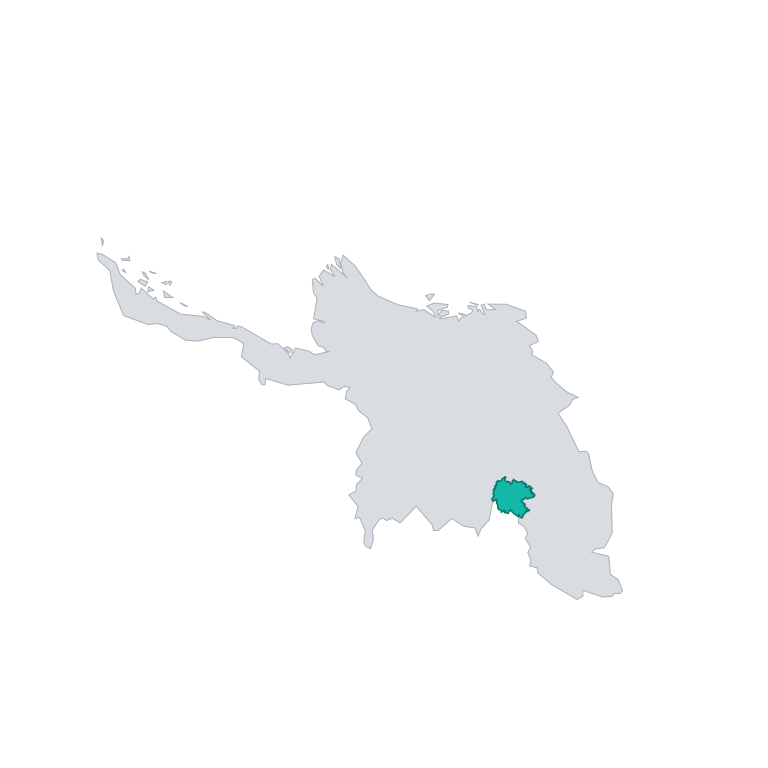 Bhamo, Kachin, Myanmar shown in context, rotated 126°
{"feature_id": "60261553B27046412343024", "entity_name": "Bhamo", "entity_type": "district", "adm_level": 2, "iso_a3": "MMR", "parent_name": "Myanmar", "parent_adm1": "Kachin", "projection": "orthographic", "projection_center": [97.111, 24.269], "detail": "fine", "context": "in_parent", "style": "filled", "palette": "teal", "viewbox_px": 768, "rotation_deg": 126, "n_neighbors": 0, "source": "geoboundaries", "source_scale": "gbopen_adm2", "svg_char_len": 9255}
<svg xmlns="http://www.w3.org/2000/svg" viewBox="0 0 768 768"><g transform="rotate(126 384 384)"><path d="M494.4,347.2L486.9,343.7L481.6,347.2L473.2,346.0L474.2,353.3L469.5,355.7L461.0,355.2L456.1,366.3L438.7,369.4L427.3,367.4L420.9,377.3L420.6,388.4L417.4,395.2L418.8,406.8L411.3,409.9L406.8,409.3L409.3,414.6L415.1,416.9L418.7,428.9L417.6,433.6L441.5,461.2L448.9,482.9L454.6,479.9L456.3,482.1L454.1,487.9L446.8,492.4L445.8,515.4L433.8,521.0L434.2,528.7L435.6,534.1L446.4,549.2L458.5,559.5L465.3,570.6L466.7,586.7L465.0,593.5L468.3,603.2L474.5,609.5L481.7,634.9L467.7,657.6L453.4,672.5L451.6,688.0L446.9,693.2L444.7,688.4L443.6,672.1L450.6,661.7L452.7,641.6L457.1,637.3L454.7,635.3L449.1,636.8L451.0,620.6L447.8,619.9L450.4,616.5L446.9,589.4L435.8,570.3L434.3,562.1L432.6,573.2L431.3,571.1L430.9,556.0L424.6,539.6L425.2,538.2L428.2,539.6L425.5,535.9L423.2,536.7L421.4,532.7L417.9,498.5L413.8,493.7L415.4,478.9L418.4,475.1L406.9,476.7L401.6,464.2L401.2,457.4L389.8,447.1L391.7,450.3L389.8,453.8L391.7,459.6L387.0,470.4L382.3,475.3L376.1,477.3L371.2,474.2L370.2,468.5L368.2,468.3L372.6,479.3L354.2,488.4L351.4,494.9L341.9,503.3L339.0,502.2L340.6,490.7L334.9,499.8L327.3,499.9L325.8,487.6L322.6,494.7L318.1,496.9L319.7,476.4L318.4,482.3L311.0,490.3L303.8,492.8L305.6,476.0L315.5,449.4L316.4,440.6L311.6,419.1L303.5,401.0L305.9,400.8L300.4,395.5L299.8,382.1L296.4,386.8L295.8,395.2L288.7,390.7L282.1,378.9L284.9,377.9L292.7,383.6L297.2,380.6L298.4,376.9L286.2,365.2L289.4,360.6L285.4,360.6L274.9,354.9L271.9,355.8L273.1,360.7L270.9,362.0L267.0,354.5L270.1,351.0L267.5,350.8L269.3,344.3L268.3,343.3L263.2,351.8L260.4,349.7L263.7,345.4L262.5,342.8L258.1,337.6L258.3,346.8L247.7,332.1L242.0,312.3L246.9,307.5L255.3,313.5L255.2,289.4L258.9,284.3L267.5,288.9L270.1,282.9L273.6,281.4L271.7,264.7L274.7,254.1L280.5,252.5L282.1,243.9L283.1,232.2L280.7,219.1L285.8,222.4L291.7,221.4L305.4,226.1L310.9,211.1L324.2,186.6L319.5,180.8L320.4,177.3L331.9,164.5L337.8,153.0L335.4,142.6L337.9,134.1L348.2,128.8L370.4,111.8L386.8,109.5L393.5,116.3L398.0,116.9L391.2,100.9L405.0,88.9L404.6,79.4L411.1,69.5L414.7,69.8L418.0,74.7L421.6,74.6L427.9,81.9L434.1,102.0L438.7,98.3L444.8,101.1L447.8,130.8L446.4,148.1L442.7,152.1L445.6,159.2L439.8,161.8L435.8,168.7L430.0,169.3L426.0,178.8L420.1,180.2L416.9,187.7L417.6,193.3L412.9,196.5L411.3,206.2L415.5,210.0L416.8,215.1L412.4,225.9L416.2,226.4L432.5,219.0L444.1,220.3L451.9,218.5L447.0,225.9L452.0,235.4L453.1,250.1L470.5,254.0L473.4,257.7L469.6,262.3L463.9,286.2L486.8,289.2L487.7,298.3L492.7,301.5L493.5,306.6L496.6,308.2L508.9,307.6L516.1,301.2L525.3,298.2L526.0,303.4L524.0,307.3L513.9,312.9L507.1,323.9L506.7,326.3L510.0,328.4L498.2,333.1L494.4,347.2ZM289.4,372.7L296.7,377.2L295.2,380.5L290.5,380.6L287.1,374.8L289.4,372.7ZM438.2,605.6L443.1,612.4L438.3,617.0L438.2,605.6ZM288.0,402.3L284.2,399.6L281.6,395.9L289.9,396.2L288.0,402.3ZM445.4,634.6L445.6,643.4L442.4,642.5L440.5,635.1L445.4,634.6ZM315.0,492.9L309.9,498.6L309.2,493.7L316.2,486.7L315.0,492.9ZM413.5,485.8L410.4,484.0L410.0,478.8L412.4,477.3L414.2,479.8L413.5,485.8ZM435.3,645.5L434.6,642.6L437.9,635.4L437.4,641.7L435.3,645.5ZM433.6,662.1L437.8,668.7L437.1,670.0L433.2,664.8L430.7,665.2L433.6,662.1ZM448.2,629.5L443.7,631.5L443.4,625.3L448.2,629.5ZM437.9,692.8L432.1,698.5L432.8,695.3L437.9,692.8ZM265.6,355.4L267.5,362.9L264.2,354.0L265.6,355.4ZM438.2,591.5L438.0,597.0L436.5,588.1L438.2,591.5ZM282.5,361.1L283.1,365.8L280.0,359.1L282.5,361.1ZM432.4,623.2L429.1,620.5L430.2,618.5L431.9,619.0L432.4,623.2ZM430.0,615.3L427.9,619.0L425.8,616.7L427.5,615.1L430.0,615.3ZM430.6,637.1L430.7,640.3L428.3,632.9L430.6,637.1ZM322.8,499.8L320.4,499.7L323.6,496.0L323.9,497.4L322.8,499.8ZM446.1,662.6L444.0,662.0L445.6,658.4L446.1,662.6Z" fill="#d9dde1" stroke="#a8b0b8" stroke-width="1"/><path d="M411.9,197.6L411.2,198.2L410.9,198.0L410.5,198.1L411.3,196.9L411.6,196.1L411.4,195.9L411.7,195.4L411.6,194.4L411.4,194.2L411.4,193.9L410.9,193.7L410.7,193.5L410.4,193.7L410.0,193.6L409.9,193.8L409.5,193.9L409.2,194.4L408.6,194.6L408.4,194.6L408.2,194.4L408.2,194.2L407.8,194.2L407.6,194.4L407.2,194.6L406.9,194.3L406.1,194.2L406.0,193.9L405.7,194.0L404.9,194.0L404.7,194.0L403.8,194.5L403.5,194.3L403.6,194.1L403.3,194.2L403.0,193.8L402.8,193.8L402.9,193.6L402.6,193.5L402.6,193.4L402.6,193.2L402.5,193.3L402.5,193.1L402.3,193.0L402.1,193.1L402.1,192.9L401.9,192.9L401.8,192.6L401.7,192.5L401.4,192.7L401.2,192.3L400.8,192.1L400.5,192.3L400.7,192.6L400.8,192.7L400.6,193.0L400.8,193.5L400.9,194.0L400.7,194.3L400.8,194.5L400.5,194.5L400.4,194.7L400.4,194.8L400.3,195.2L400.6,195.4L400.6,195.6L400.8,195.6L401.2,195.9L401.0,196.3L400.5,196.8L400.5,197.0L400.4,197.1L400.4,197.6L400.6,197.7L400.5,198.1L400.3,198.3L400.4,198.7L400.2,198.6L400.1,198.8L399.6,199.0L399.2,198.8L398.8,198.7L398.6,199.4L398.7,199.7L398.2,199.8L398.2,200.1L398.0,200.7L398.4,201.5L398.4,202.8L398.5,203.7L398.0,203.3L397.6,203.3L397.1,203.6L397.0,203.8L396.5,204.3L396.2,203.9L395.9,203.9L395.6,203.8L395.8,203.5L395.6,203.3L395.0,203.4L394.8,203.0L394.0,203.2L393.6,202.9L393.0,202.7L392.8,202.5L392.3,202.4L392.9,201.6L392.7,200.5L392.4,200.1L392.0,200.0L391.0,199.3L390.3,198.9L389.4,197.7L388.5,197.4L388.4,197.5L388.1,197.3L387.9,197.5L387.8,197.3L387.7,197.3L387.7,197.0L387.4,196.9L387.4,196.7L387.1,196.4L386.9,196.6L386.8,196.4L386.6,196.4L386.5,196.6L386.4,196.5L385.8,196.5L385.6,196.6L385.4,196.9L385.1,197.0L385.3,197.4L385.0,197.7L385.0,197.8L384.9,198.0L385.1,198.0L385.3,198.2L385.3,198.3L385.2,198.5L385.0,198.3L384.8,198.4L385.0,198.8L384.9,198.9L385.1,199.3L384.9,199.2L384.5,199.4L384.5,199.5L384.9,199.3L385.0,199.4L384.8,199.7L385.2,199.8L384.9,199.9L384.8,200.1L385.0,200.1L385.3,200.1L385.1,200.3L385.2,200.5L385.0,200.9L385.3,201.1L385.1,201.2L385.1,201.4L384.8,201.4L384.7,201.8L384.4,201.8L384.2,202.0L384.0,201.9L384.0,202.1L383.6,202.2L383.5,202.3L383.8,202.3L383.8,202.5L384.0,202.6L383.6,202.8L383.7,203.0L383.9,203.1L383.7,203.5L383.8,203.7L383.6,203.8L383.2,203.6L382.9,203.7L382.8,203.9L383.0,204.2L383.0,204.3L382.9,204.3L382.6,203.9L382.4,203.4L381.7,202.9L381.2,202.6L381.1,202.8L381.2,203.7L381.5,204.1L380.9,205.5L380.9,206.0L381.1,206.5L381.1,206.8L381.6,206.8L382.0,206.5L382.3,206.7L382.7,207.0L383.4,207.3L383.6,207.8L383.4,208.0L383.8,208.0L383.7,208.2L383.8,208.3L383.7,208.4L383.8,208.6L383.5,208.8L383.6,209.3L383.1,209.1L382.8,209.2L382.7,209.0L382.6,209.5L382.3,209.4L381.9,209.4L382.2,210.2L382.3,210.3L381.7,210.6L381.4,210.8L381.3,211.1L381.3,211.4L381.5,212.0L381.9,212.1L382.5,212.1L382.5,212.7L382.3,213.0L382.3,213.7L382.0,214.1L381.7,214.1L381.4,214.6L381.5,214.8L381.8,214.9L381.7,215.2L382.6,215.7L382.9,216.2L382.9,216.3L383.5,216.4L384.2,217.1L384.5,217.5L384.4,217.5L384.5,217.7L384.5,218.2L384.8,218.3L385.2,218.7L385.3,219.3L385.1,219.6L384.9,219.7L384.8,220.4L384.9,220.5L385.3,220.4L385.4,220.6L385.5,220.6L385.5,221.2L385.5,221.3L385.6,221.5L385.6,221.9L385.1,222.6L384.8,222.7L384.8,222.9L385.5,223.0L386.3,223.0L387.2,223.1L387.7,222.7L388.0,222.7L388.3,222.4L388.5,222.4L388.9,222.2L389.0,222.3L389.3,222.3L389.8,222.0L390.2,222.2L390.4,222.5L390.5,222.8L390.1,223.6L389.9,223.7L389.6,224.4L389.8,224.4L390.0,224.8L389.9,225.1L389.9,225.8L389.8,226.0L389.8,226.5L390.4,226.7L390.7,226.8L391.0,227.2L391.3,228.1L391.2,228.5L391.0,229.2L390.7,229.6L390.3,229.9L390.2,230.2L389.3,230.5L388.6,230.3L388.3,230.3L387.8,230.9L388.0,231.1L387.9,231.4L388.1,231.7L388.7,231.7L389.2,231.9L389.7,231.9L390.0,232.1L390.7,232.4L390.8,232.6L391.3,232.7L391.5,232.5L392.0,232.6L393.3,232.6L393.6,232.7L394.0,232.6L394.2,232.8L394.9,233.1L394.9,233.5L395.0,233.6L394.9,234.0L395.0,234.4L395.3,235.0L395.6,235.0L395.9,235.2L397.0,235.2L397.4,235.4L398.0,235.1L398.3,234.6L398.6,234.3L398.8,234.2L399.2,234.3L399.4,234.1L399.1,233.8L399.2,233.6L399.6,234.0L400.4,234.2L400.7,233.6L400.9,233.5L401.2,233.7L401.5,233.2L402.0,233.4L402.1,233.8L402.7,233.1L402.9,233.0L403.2,233.1L403.2,232.7L404.3,233.2L404.5,232.7L404.9,232.6L405.3,233.2L405.6,233.3L405.7,233.1L405.5,232.7L405.6,232.3L406.2,231.9L406.4,231.6L407.6,231.8L408.3,231.3L408.8,230.8L409.3,230.6L409.4,230.4L408.9,229.8L409.1,229.4L409.6,229.1L410.7,229.1L411.0,229.3L411.3,229.1L411.6,229.2L411.9,228.9L412.6,229.2L412.9,229.0L413.1,229.1L413.4,228.9L413.5,229.0L414.1,228.5L414.3,228.0L414.8,227.4L414.6,227.1L414.5,226.9L414.0,226.5L413.4,226.4L413.2,226.1L412.6,225.8L412.4,225.9L412.2,225.6L411.3,225.3L411.3,224.8L411.4,224.7L412.3,224.1L412.6,223.9L412.6,223.5L412.8,223.4L414.4,222.7L414.2,222.4L414.3,222.2L414.5,222.1L414.6,221.4L414.7,221.2L414.8,221.3L415.2,220.7L415.8,220.4L416.5,219.6L416.8,219.5L417.0,219.2L417.5,219.0L417.7,218.3L417.8,217.4L418.2,217.3L418.2,217.1L418.0,216.8L417.4,216.5L417.4,216.0L417.5,215.1L418.0,214.4L418.7,213.9L418.3,213.6L418.1,213.3L417.8,213.0L417.3,212.7L416.4,212.9L415.6,212.7L415.3,211.8L415.5,211.2L416.0,211.2L416.4,211.1L416.6,211.2L417.1,210.6L417.0,210.0L416.3,209.7L416.0,209.2L415.9,209.0L416.1,208.9L415.9,208.3L415.9,207.9L415.8,207.6L415.6,207.4L415.4,207.4L415.2,207.6L414.7,207.6L414.1,207.9L411.3,208.0L411.4,207.4L412.0,206.2L412.0,205.4L412.3,204.0L412.3,202.9L412.5,202.4L412.4,201.0L412.5,200.4L412.4,199.7L412.4,198.4L412.3,198.2L411.9,198.0L411.9,197.6Z" fill="#14b8a6" stroke="#0f766e" stroke-width="1.5"/></g></svg>